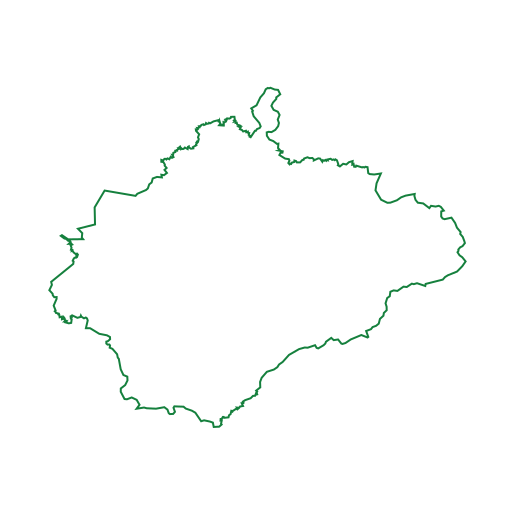 West Akim, Eastern, Ghana, rotated 264°
{"feature_id": "2480657B57614018833162", "entity_name": "West Akim", "entity_type": "district", "adm_level": 2, "iso_a3": "GHA", "parent_name": "Ghana", "parent_adm1": "Eastern", "projection": "robinson", "projection_center": [-0.668, 5.908], "detail": "fine", "context": "isolated", "style": "outline", "palette": "green", "viewbox_px": 512, "rotation_deg": 264, "n_neighbors": 0, "source": "geoboundaries", "source_scale": "gbopen_adm2", "svg_char_len": 6062}
<svg xmlns="http://www.w3.org/2000/svg" viewBox="0 0 512 512"><g transform="rotate(264 256 256)"><path d="M228.7,463.9L233.2,461.0L235.4,458.5L238.7,456.8L240.0,457.9L241.3,457.9L243.3,460.0L244.2,462.4L247.0,465.1L249.2,464.7L253.4,463.6L256.6,461.4L258.4,462.0L263.2,458.8L268.0,457.5L273.7,454.4L272.9,447.4L273.8,445.5L275.9,444.3L281.0,444.9L281.5,447.5L285.6,444.9L286.8,443.0L286.4,439.8L287.6,435.3L285.5,433.4L290.8,427.8L292.1,422.5L295.2,420.5L299.2,419.8L301.1,420.3L300.4,411.1L299.2,406.5L296.7,402.0L295.0,395.2L295.2,392.2L298.9,386.3L308.8,381.7L315.7,383.5L325.0,388.8L324.7,382.1L325.6,377.6L326.7,376.3L332.7,376.2L333.3,374.1L332.7,373.2L333.3,371.7L333.0,370.8L335.4,365.1L334.3,364.5L334.5,363.0L336.7,362.7L336.7,361.6L337.7,362.3L337.9,361.4L340.3,362.0L339.6,358.3L337.6,355.4L338.6,352.3L336.3,348.8L337.7,346.9L338.5,347.5L342.7,346.5L343.8,345.1L343.1,344.3L343.9,343.3L343.6,341.8L344.9,340.4L344.5,337.1L343.7,337.3L344.0,336.5L343.3,335.8L344.3,335.0L343.6,333.7L344.3,332.6L342.8,331.8L346.2,329.9L346.6,328.1L345.0,323.5L346.0,323.7L347.6,322.3L347.7,319.5L348.8,317.5L347.9,314.0L346.7,313.4L346.7,312.2L344.5,309.7L344.8,306.4L346.2,305.8L346.9,304.2L345.5,303.9L345.1,301.4L343.9,300.6L344.3,299.8L343.6,299.0L345.1,297.9L347.3,299.2L348.9,298.8L349.8,295.2L354.0,289.8L356.1,291.2L356.0,293.1L357.3,293.5L358.6,289.4L358.9,290.8L361.1,289.2L365.4,290.0L365.3,288.6L368.5,285.2L370.4,281.5L374.4,279.4L377.8,279.6L378.2,281.4L377.6,284.4L379.4,288.4L382.8,291.6L385.9,292.7L389.4,291.9L393.8,294.2L397.2,292.8L399.5,288.8L403.7,287.0L406.8,288.9L410.1,292.6L411.6,292.7L414.3,297.0L418.9,295.3L419.6,292.0L421.8,287.9L421.4,286.5L421.9,285.3L420.8,283.1L417.0,280.9L413.3,276.9L405.8,272.3L403.3,266.7L400.7,268.1L400.0,267.3L395.2,268.3L388.0,273.2L384.4,274.2L382.9,273.0L382.1,270.2L380.5,268.9L380.6,268.0L374.7,263.1L375.4,262.0L376.4,262.4L377.2,261.4L379.0,262.1L379.5,260.7L380.5,260.9L380.2,259.2L381.6,259.1L381.2,256.2L382.7,255.3L383.8,253.2L385.3,254.1L386.4,252.4L386.8,254.4L387.7,253.3L387.6,251.4L388.0,252.4L388.6,251.1L390.6,250.8L390.5,249.6L392.2,249.8L392.0,248.6L392.9,249.4L393.3,248.5L393.8,249.2L396.7,249.1L397.0,245.7L395.9,245.2L395.4,243.8L395.9,241.6L394.8,239.9L394.4,241.0L393.3,240.4L393.8,239.8L392.9,239.9L392.1,238.5L392.5,237.7L389.9,237.7L390.1,236.5L389.2,236.9L389.9,233.0L391.3,234.3L394.1,233.8L393.3,233.5L393.7,232.8L395.1,233.2L394.3,227.8L392.8,224.4L393.4,223.2L392.7,222.8L392.6,221.1L393.4,220.2L392.2,219.7L391.7,217.9L392.5,217.5L392.1,215.4L391.0,214.5L391.0,212.8L389.8,213.2L389.5,211.7L388.9,212.4L389.3,211.1L388.3,211.5L387.8,210.9L388.2,209.4L386.8,209.4L383.0,212.2L380.1,210.7L378.3,211.3L375.9,210.4L376.2,209.5L375.2,208.7L374.8,209.5L373.3,208.0L372.4,208.3L370.9,204.7L369.6,204.9L369.5,202.5L371.1,200.6L372.0,200.6L371.6,199.7L369.5,199.2L371.3,196.6L370.1,195.2L370.1,193.7L371.0,193.0L370.4,192.5L372.7,191.9L372.0,190.9L370.7,191.1L371.1,189.9L370.4,190.1L369.7,188.3L369.0,188.4L369.1,186.7L367.8,186.6L367.3,184.6L365.1,184.1L365.3,183.3L363.0,184.3L362.4,182.7L363.6,181.6L361.3,179.9L362.3,178.3L361.4,177.0L362.0,176.7L362.2,175.1L360.7,173.7L361.5,171.9L359.6,171.7L359.1,173.7L356.5,174.9L355.4,174.6L352.9,176.3L351.2,174.0L347.9,176.1L346.0,172.9L346.7,170.4L344.0,170.6L345.0,165.8L343.9,161.4L340.0,159.9L338.4,157.3L334.5,155.5L333.1,153.5L330.3,144.5L328.4,142.5L336.9,112.3L321.2,100.6L304.2,99.2L301.7,81.8L296.9,85.6L292.5,84.7L290.8,85.8L292.2,70.9L297.0,65.2L296.4,64.0L293.4,67.3L292.8,69.1L290.9,70.6L290.0,72.8L289.3,73.1L287.7,71.1L287.6,73.6L286.6,74.4L286.1,72.7L283.6,73.4L281.6,72.6L281.3,73.9L280.4,73.5L280.6,74.1L278.7,74.9L276.5,77.2L277.1,78.2L276.0,79.0L274.1,78.1L274.7,77.3L273.2,77.0L273.2,75.3L272.2,74.3L270.4,73.2L269.6,74.0L267.2,73.4L251.7,49.6L248.6,50.0L243.6,46.9L239.7,49.8L238.2,49.8L236.1,51.1L236.0,53.4L234.2,53.2L227.8,49.6L222.8,51.0L222.1,50.1L220.7,51.2L220.6,50.4L219.3,53.8L218.5,53.4L218.1,54.2L215.6,54.3L216.0,56.6L213.4,56.4L213.8,57.8L215.2,58.4L213.9,59.2L213.0,58.8L211.9,59.9L211.1,58.9L211.1,59.9L210.7,59.3L210.2,60.4L209.8,59.8L208.6,62.8L208.8,65.2L212.4,66.1L213.0,65.3L215.0,65.3L214.8,66.3L215.8,66.1L216.2,66.9L213.2,71.9L213.7,75.0L215.0,75.6L213.9,76.0L212.0,78.4L212.6,80.3L211.6,81.4L209.5,81.9L202.0,79.3L201.5,83.5L195.0,92.0L192.7,99.5L190.7,102.3L188.5,102.2L186.8,99.8L186.5,98.2L184.6,98.0L183.4,99.1L183.3,100.9L182.3,101.5L180.1,100.9L178.7,103.5L172.8,107.6L169.4,107.9L168.1,108.8L157.5,109.6L151.5,111.7L149.5,115.4L145.7,115.2L141.3,112.4L138.4,107.7L135.1,107.3L127.5,110.3L127.0,112.7L128.3,117.6L125.4,122.3L120.2,124.6L116.6,121.3L117.0,128.8L116.0,131.4L114.6,140.6L115.2,149.0L112.5,151.9L108.8,152.8L107.8,153.8L107.6,157.1L109.5,159.1L113.7,158.1L115.0,159.1L113.7,168.2L111.6,170.2L108.9,176.0L106.5,179.3L97.4,184.2L98.0,187.2L96.2,192.8L94.8,195.7L90.4,196.1L90.2,200.1L90.1,201.5L92.0,204.2L92.8,203.7L95.9,204.7L96.0,203.5L97.6,203.8L97.5,204.8L99.4,206.2L99.3,207.1L98.4,207.4L98.4,211.8L100.4,212.5L101.4,214.2L104.4,215.2L103.9,215.9L104.5,215.9L104.3,216.8L106.3,220.5L105.4,221.4L106.0,222.2L107.2,221.4L106.8,223.4L108.0,224.4L108.2,227.4L111.1,226.4L111.1,228.9L111.8,227.5L112.5,227.6L113.8,230.2L115.1,235.8L117.2,238.4L117.1,240.5L118.9,241.4L118.1,241.6L118.3,242.7L120.0,242.3L121.0,243.0L122.1,242.1L124.9,246.5L130.3,246.9L134.3,248.9L139.7,254.7L141.2,261.9L143.2,265.6L145.7,267.6L147.8,271.4L154.2,278.5L158.9,289.1L159.9,294.9L159.4,297.8L161.1,305.4L158.3,306.7L157.6,308.2L160.2,313.9L161.7,315.8L163.4,316.6L166.7,322.3L164.2,324.5L164.4,328.9L160.0,331.7L159.5,332.8L160.1,335.9L163.1,341.5L166.4,352.5L163.3,358.4L163.8,359.2L169.9,357.7L171.2,362.7L173.1,364.5L174.0,368.1L175.9,371.0L180.5,372.7L183.3,376.5L186.0,377.2L188.4,380.3L191.9,380.6L195.4,379.9L200.5,382.1L202.0,384.8L206.4,385.9L207.4,389.3L206.5,393.0L210.1,399.5L209.4,402.7L212.2,408.1L211.5,410.0L212.1,413.3L208.5,421.2L210.5,421.8L213.0,439.3L215.3,441.8L216.8,444.9L219.5,454.3L224.3,460.1L228.7,463.9Z" fill="none" stroke="#15803d" stroke-width="2"/></g></svg>